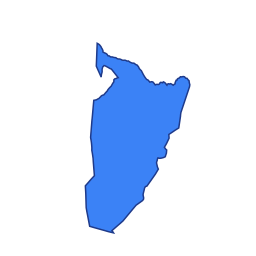 São Gabriel, Bahia, Brazil (Equal Earth projection), rotated 336°
{"feature_id": "56859067B65546405252248", "entity_name": "São Gabriel", "entity_type": "district", "adm_level": 2, "iso_a3": "BRA", "parent_name": "Brazil", "parent_adm1": "Bahia", "projection": "equal_earth", "projection_center": [-41.646, -11.04], "detail": "fine", "context": "isolated", "style": "filled", "palette": "blue", "viewbox_px": 256, "rotation_deg": 336, "n_neighbors": 0, "source": "geoboundaries", "source_scale": "gbopen_adm2", "svg_char_len": 2709}
<svg xmlns="http://www.w3.org/2000/svg" viewBox="0 0 256 256"><g transform="rotate(336 128 128)"><path d="M53.0,202.2L56.3,205.0L65.1,212.3L67.8,214.6L72.1,217.9L71.9,216.6L71.6,215.2L85.5,210.9L101.3,203.1L104.0,201.8L109.4,200.7L111.8,200.2L113.2,199.4L113.9,198.2L114.3,196.3L114.6,195.2L115.2,194.2L116.9,192.0L117.7,191.0L118.7,189.6L120.1,188.6L121.6,188.8L133.2,181.9L134.5,181.1L139.0,177.9L139.0,176.7L139.1,175.2L139.4,173.9L139.6,172.7L139.9,171.4L140.5,170.5L141.4,169.6L142.2,168.4L143.2,167.5L144.0,168.2L144.9,168.7L145.7,168.9L146.7,169.2L147.8,169.3L148.6,169.5L149.5,169.4L150.4,169.4L151.2,168.4L152.8,166.7L154.4,163.8L153.9,162.8L153.4,160.4L156.7,158.0L161.4,154.0L162.7,150.5L168.6,149.5L170.1,149.2L174.4,148.6L180.8,138.5L181.3,137.5L182.6,135.4L201.0,115.3L202.1,113.6L202.3,112.2L202.6,110.9L203.0,109.7L202.4,108.1L202.1,106.6L200.9,105.9L200.5,104.3L199.7,103.6L198.5,103.2L197.5,103.0L196.7,102.5L195.2,103.2L194.1,103.1L193.1,103.3L192.4,104.1L191.5,103.9L190.5,104.8L189.6,105.6L189.0,106.8L187.9,106.9L186.7,107.3L185.8,105.8L185.0,104.8L183.8,104.7L182.9,104.0L181.8,104.0L181.0,104.7L180.7,103.6L180.4,102.3L179.9,101.2L179.0,100.2L178.1,100.8L177.3,100.2L176.6,99.6L175.7,99.7L174.6,100.6L173.3,100.6L172.3,99.9L171.3,99.7L170.4,99.7L170.0,97.9L169.4,96.0L168.2,95.2L166.6,95.0L166.2,93.5L165.7,92.1L164.8,91.3L164.4,89.8L164.1,88.3L163.9,86.9L163.7,84.8L163.6,82.8L163.5,81.1L163.0,79.9L162.5,78.4L162.5,76.6L162.0,74.3L160.9,73.2L160.4,72.2L159.8,71.2L158.7,70.7L157.7,69.9L156.6,68.6L155.6,66.9L154.4,66.5L153.2,65.1L152.1,64.5L151.1,64.2L150.2,63.5L149.5,62.6L148.5,61.6L147.2,61.0L146.2,60.1L145.5,58.8L144.6,58.3L143.8,57.8L142.7,56.8L140.9,55.9L140.3,54.6L139.1,53.9L138.8,52.0L138.0,50.7L137.0,49.7L136.0,48.3L136.6,47.0L136.6,45.4L136.4,44.0L136.4,42.7L136.1,41.5L135.8,40.4L135.2,39.3L134.3,38.1L124.2,58.6L124.2,70.6L124.9,69.3L125.6,68.2L126.4,67.2L127.2,66.2L127.7,65.0L128.3,63.7L129.2,62.6L129.8,61.9L130.7,61.6L131.5,61.2L132.4,61.9L133.1,62.8L133.8,63.7L134.5,64.6L135.2,65.6L136.1,66.8L136.8,67.4L139.5,78.0L138.6,77.8L137.3,78.0L136.1,77.7L134.8,78.1L134.2,79.3L133.7,80.2L132.5,80.8L131.3,81.7L130.5,82.3L129.6,83.0L128.1,83.5L126.7,84.1L125.3,84.8L124.0,85.8L122.7,86.3L121.8,86.7L119.4,87.9L117.9,87.7L116.7,87.8L115.8,88.3L114.5,88.7L113.5,89.2L112.1,89.2L110.7,89.4L109.3,89.1L108.0,88.8L99.2,104.6L98.2,106.3L90.1,121.2L89.7,122.4L89.4,123.7L89.0,125.2L88.5,126.9L88.0,128.4L87.3,130.4L86.8,131.7L86.3,132.7L85.8,133.9L85.5,135.2L85.1,136.8L83.8,141.4L82.9,143.8L82.1,146.0L77.9,157.9L73.7,159.7L65.5,163.5L62.7,170.9L58.9,180.1L57.4,183.8L56.5,187.3L56.1,189.0L55.7,190.8L53.0,202.2Z" fill="#3b82f6" stroke="#1e3a8a" stroke-width="1.5"/></g></svg>